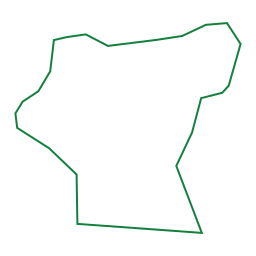 Kolwezi, Katanga, Democratic Republic of the Congo (Equal Earth projection)
{"feature_id": "63176286B76187105234082", "entity_name": "Kolwezi", "entity_type": "district", "adm_level": 2, "iso_a3": "COD", "parent_name": "Democratic Republic of the Congo", "parent_adm1": "Katanga", "projection": "equal_earth", "projection_center": [25.484, -10.753], "detail": "fine", "context": "isolated", "style": "outline", "palette": "green", "viewbox_px": 256, "rotation_deg": 0, "n_neighbors": 0, "source": "geoboundaries", "source_scale": "gbopen_adm2", "svg_char_len": 444}
<svg xmlns="http://www.w3.org/2000/svg" viewBox="0 0 256 256"><path d="M240.6,44.0L227.0,23.1L205.9,24.8L182.1,36.0L156.4,39.9L107.9,45.9L85.8,34.4L81.4,35.0L66.2,37.2L53.9,40.1L50.2,71.3L41.9,85.3L38.3,91.3L22.7,101.6L15.4,113.4L17.2,127.9L49.2,148.3L58.5,157.2L76.6,174.5L77.4,223.9L170.2,230.6L201.8,232.9L176.3,165.9L189.0,139.0L192.0,132.7L201.2,98.1L222.2,92.8L228.7,85.7L240.6,44.0Z" fill="none" stroke="#15803d" stroke-width="2"/></svg>